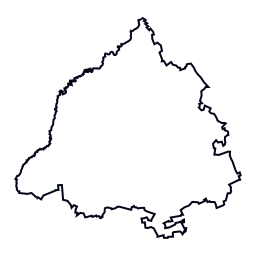 the district of Waterberg, Limpopo, South Africa
{"feature_id": "47623444B68910643198214", "entity_name": "Waterberg", "entity_type": "district", "adm_level": 2, "iso_a3": "ZAF", "parent_name": "South Africa", "parent_adm1": "Limpopo", "projection": "robinson", "projection_center": [27.237, -24.067], "detail": "fine", "context": "isolated", "style": "outline", "palette": "ink", "viewbox_px": 256, "rotation_deg": 0, "n_neighbors": 0, "source": "geoboundaries", "source_scale": "gbopen_adm2", "svg_char_len": 5689}
<svg xmlns="http://www.w3.org/2000/svg" viewBox="0 0 256 256"><path d="M157.5,236.8L163.6,235.2L163.9,237.8L167.7,237.9L168.1,236.8L173.0,236.7L172.8,232.9L173.7,232.1L179.9,231.5L180.6,231.7L182.6,234.2L184.7,230.2L185.1,231.7L185.6,231.3L185.4,230.8L185.9,230.2L186.2,228.1L184.4,228.4L181.5,222.9L184.1,222.2L184.0,219.6L182.9,220.0L183.0,220.9L180.0,221.8L180.0,222.1L175.5,223.0L175.2,224.5L169.1,227.5L164.2,228.3L166.0,227.6L164.6,224.0L163.7,223.3L168.5,221.0L168.7,221.6L172.4,221.2L170.8,217.5L180.8,215.8L181.0,214.9L182.9,214.8L181.7,212.4L180.7,210.0L184.7,207.2L188.9,205.6L192.3,201.9L198.2,202.3L198.9,203.8L204.7,201.1L204.0,200.0L205.8,198.6L207.5,202.1L209.6,201.2L209.9,202.0L214.6,202.0L215.8,204.5L216.6,208.0L223.5,205.2L224.2,204.4L223.6,201.4L225.8,200.5L227.7,193.3L230.3,193.2L231.2,191.4L230.8,190.3L230.9,187.1L229.1,184.6L238.3,180.2L240.1,179.8L238.7,176.2L240.6,175.4L239.7,172.4L237.4,173.6L235.7,170.8L232.5,161.5L231.0,158.7L229.7,155.0L230.1,151.7L227.9,151.7L219.0,154.9L214.4,154.6L215.3,148.4L213.9,148.2L213.0,143.8L216.1,140.2L218.1,142.5L221.7,141.7L223.3,145.8L224.8,144.6L225.3,142.4L224.9,139.9L225.0,137.1L227.8,134.8L228.3,134.9L228.0,131.7L226.5,130.8L224.8,130.3L224.6,128.3L222.8,129.1L222.1,127.8L222.2,127.1L225.7,123.4L224.5,123.0L221.8,123.0L217.7,120.8L216.2,117.2L214.1,113.9L211.1,113.3L209.3,111.5L210.6,108.3L204.8,105.6L203.6,109.8L201.4,110.3L198.9,107.6L199.3,107.3L199.8,105.3L199.3,103.8L202.0,103.3L200.0,100.9L201.6,95.7L201.3,91.2L204.7,88.6L205.6,87.0L208.4,87.0L204.0,82.3L200.6,77.2L197.8,74.4L195.4,71.1L194.0,67.8L190.9,63.6L187.1,64.1L186.3,65.5L186.5,66.3L185.0,67.3L185.1,68.4L180.3,70.1L180.1,67.8L178.0,67.6L176.1,65.4L172.9,64.8L171.1,62.0L166.5,65.4L163.8,60.9L161.8,61.3L162.2,59.5L159.5,52.5L162.0,50.8L160.8,45.4L157.4,42.6L154.4,44.2L152.3,39.0L152.1,34.8L153.9,34.5L153.1,31.8L150.5,28.6L149.2,30.2L146.6,27.3L148.2,26.4L145.3,24.0L147.0,23.2L144.0,21.1L145.6,20.0L142.7,18.1L140.5,19.6L138.5,20.0L138.4,20.9L139.0,22.5L138.8,23.4L139.3,24.6L138.2,27.0L136.4,28.6L134.9,29.2L132.5,31.1L131.5,31.2L130.9,30.8L130.6,31.3L131.1,34.1L130.7,35.9L131.1,37.8L130.6,39.2L129.4,40.6L123.9,43.8L122.8,44.2L121.3,44.0L121.3,44.7L121.8,45.6L120.8,46.5L118.9,47.2L118.7,46.2L117.8,46.4L117.7,47.1L119.0,48.4L119.2,49.6L117.2,51.3L116.6,52.7L116.7,53.8L115.9,54.8L114.7,55.0L114.5,54.7L113.8,54.7L113.0,52.5L111.9,51.8L110.6,52.2L109.7,54.0L108.9,54.4L108.1,54.4L106.8,53.7L105.2,53.7L104.9,55.2L105.3,56.3L104.5,57.1L103.7,57.2L103.1,57.9L103.4,59.2L103.2,60.4L102.2,62.2L103.0,63.2L102.7,64.5L102.4,65.2L100.5,66.7L100.4,67.5L99.8,68.4L98.0,68.6L97.3,68.3L97.1,68.5L93.3,68.3L92.2,71.8L91.7,72.0L90.8,71.8L90.2,70.8L90.9,69.6L90.6,68.7L89.2,68.8L88.4,69.6L88.0,70.5L88.6,71.4L88.1,72.0L86.2,71.9L86.8,70.6L86.8,69.6L84.8,69.9L84.4,70.2L84.4,71.2L83.5,72.4L83.8,73.7L83.3,73.8L83.5,74.1L83.0,74.3L82.8,75.1L81.6,75.1L81.4,75.8L80.1,76.5L79.4,76.0L77.7,77.1L77.5,78.0L76.8,77.9L77.0,77.1L74.4,78.2L74.5,79.7L75.7,80.3L75.8,80.7L75.1,80.9L75.1,81.4L74.1,81.3L72.9,80.3L72.4,80.6L72.3,81.6L72.0,81.6L71.1,80.5L70.1,80.5L70.0,80.9L70.4,80.9L70.1,81.3L70.1,82.2L70.5,83.1L71.1,82.9L71.6,84.5L71.3,84.3L70.9,84.9L69.7,84.9L69.8,84.5L68.8,83.8L68.5,84.6L68.1,84.3L68.1,86.3L67.4,87.4L66.1,87.1L65.9,87.8L66.3,87.9L65.9,88.3L65.5,88.4L65.4,88.0L64.4,88.3L64.7,89.4L65.1,89.4L66.0,90.9L66.0,92.0L65.5,91.9L65.8,92.5L65.2,93.3L62.8,94.4L62.3,93.8L62.7,92.1L62.0,92.4L61.5,92.0L61.9,91.0L60.8,90.5L60.1,91.0L59.9,91.7L59.6,91.8L60.1,92.8L59.8,93.9L60.1,94.9L57.7,96.1L58.0,97.1L57.7,97.3L57.7,98.4L57.0,100.0L57.3,100.7L57.2,102.7L56.3,104.1L56.4,105.1L56.1,105.9L56.1,106.7L56.8,107.4L56.2,108.3L55.4,108.5L54.8,109.1L54.9,109.6L56.2,110.1L56.6,111.1L55.6,112.2L55.6,113.7L54.5,115.4L54.8,118.3L53.5,119.7L53.1,124.6L51.6,127.0L51.2,130.2L49.6,130.9L49.4,131.5L50.0,133.0L49.5,134.3L50.5,135.0L50.8,136.2L50.6,137.0L49.8,137.2L49.7,137.8L50.0,138.8L51.1,138.8L50.2,141.0L49.6,141.1L49.3,141.7L49.7,142.3L49.6,143.0L50.1,143.5L49.8,143.7L49.8,144.1L49.2,144.5L49.1,145.2L48.7,145.2L48.1,146.2L47.0,145.9L46.1,147.2L45.0,147.4L44.9,148.4L44.1,148.5L43.8,149.0L43.5,148.3L41.3,149.6L40.8,149.4L40.9,149.0L39.9,148.8L39.4,149.7L38.9,150.1L38.1,150.0L37.6,150.3L37.5,151.4L37.1,151.5L37.1,151.8L36.5,151.6L35.5,152.3L35.5,152.9L35.0,153.1L34.6,153.8L35.1,154.3L35.0,154.8L34.6,155.5L34.2,155.6L34.2,155.9L33.3,155.6L32.5,156.1L32.3,156.8L31.8,156.6L31.1,157.0L30.8,157.7L28.9,158.1L28.8,159.0L28.4,159.2L28.6,159.5L27.9,160.2L27.2,160.3L27.4,160.5L26.8,161.9L26.3,161.7L25.8,162.9L25.2,163.0L25.0,163.7L23.1,164.9L23.1,166.2L22.4,166.7L22.3,167.9L20.9,170.9L21.0,171.8L20.2,173.6L18.7,175.6L16.8,176.2L16.4,177.6L15.4,179.0L16.9,179.8L16.4,180.9L16.4,182.7L16.8,183.1L16.2,186.0L16.9,188.1L17.0,189.1L16.8,189.6L18.2,191.4L19.3,191.3L19.2,193.0L27.3,193.9L31.5,193.0L37.3,198.1L37.8,197.2L41.2,199.4L43.4,195.5L55.7,190.5L55.6,190.1L58.5,190.0L58.1,185.2L61.9,185.0L63.1,199.8L67.6,200.9L70.8,205.0L71.6,207.8L73.8,205.2L77.0,206.5L75.7,209.3L75.3,212.6L77.4,212.8L76.8,215.6L80.4,212.9L83.6,213.4L85.3,217.4L91.9,215.7L92.4,216.9L96.2,215.5L96.6,216.5L97.4,216.1L99.2,216.3L99.2,216.6L100.1,217.0L100.0,217.9L100.8,218.2L102.5,216.9L102.1,216.4L102.7,214.9L104.6,212.2L104.9,208.3L107.2,207.4L111.5,208.4L111.7,209.2L115.5,208.2L117.1,206.9L119.3,206.7L131.2,209.8L131.8,207.1L133.3,206.7L133.9,206.0L135.0,207.4L136.5,207.4L138.0,208.4L141.2,207.9L144.2,207.9L144.6,210.1L147.1,211.5L154.7,214.1L151.5,219.6L151.3,220.9L148.2,220.2L148.3,219.6L146.7,217.3L144.0,218.3L141.5,218.5L142.3,222.7L144.9,222.4L145.4,227.7L147.9,228.0L151.0,227.0L153.7,228.3L157.5,235.3L157.5,236.8Z" fill="none" stroke="#020617" stroke-width="2"/></svg>